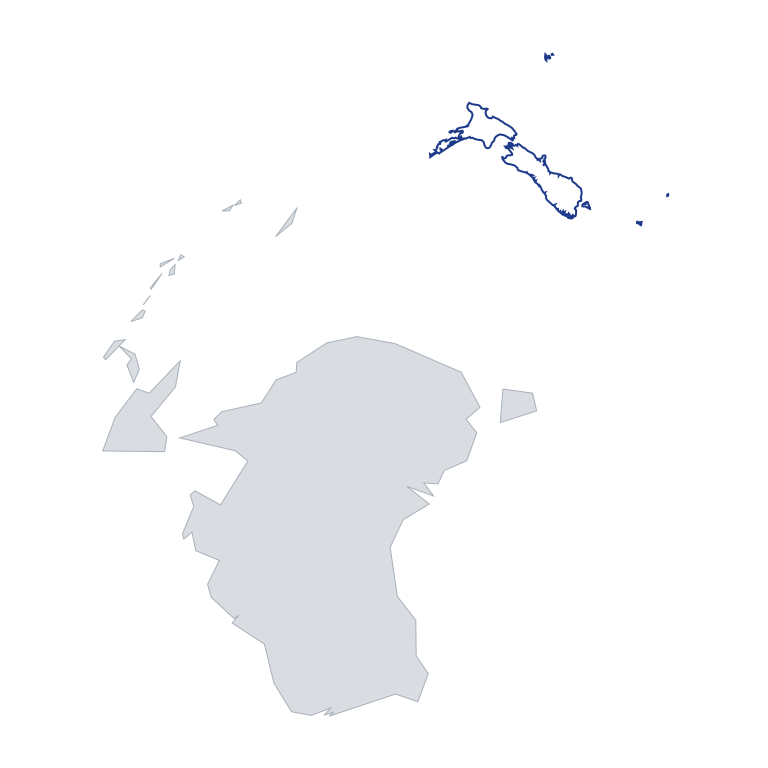 New Zealand highlighted on a map of Oceania, rotated 271°
{"feature_id": "NZL", "entity_name": "New Zealand", "entity_type": "country or territory", "adm_level": 0, "iso_a3": "NZL", "parent_name": "Oceania", "parent_adm1": "", "projection": "mercator", "projection_center": [173.207, -30.558], "detail": "fine", "context": "in_parent", "style": "outline", "palette": "blue", "viewbox_px": 768, "rotation_deg": 271, "n_neighbors": 5, "source": "natural_earth", "source_scale": "50m", "svg_char_len": 7925}
<svg xmlns="http://www.w3.org/2000/svg" viewBox="0 0 768 768"><g transform="rotate(271 384 384)"><path d="M312.2,103.9L346.0,115.8L374.9,136.9L370.6,149.3L403.7,179.9L377.4,175.5L347.5,151.6L327.5,167.8L312.5,165.8L312.2,103.9ZM422.1,113.9L423.8,124.4L403.4,105.3L406.0,103.0L422.1,113.9ZM409.4,134.6L394.4,139.1L381.3,133.7L398.5,126.6L404.8,131.0L417.3,118.6L409.4,134.6ZM442.1,129.9L454.0,141.2L452.7,143.9L445.9,141.2L442.1,129.9Z" fill="#d9dde1" stroke="#a8b0b8" stroke-width="1"/><path d="M559.7,231.4L565.7,237.0L562.5,238.3L559.7,231.4ZM560.2,229.9L554.4,226.5L554.2,219.0L560.2,229.9Z" fill="#d9dde1" stroke="#a8b0b8" stroke-width="1"/><path d="M529.6,273.2L558.8,294.0L543.3,289.2L529.6,273.2Z" fill="#d9dde1" stroke="#a8b0b8" stroke-width="1"/><path d="M509.7,178.6L507.6,182.1L504.0,176.2L509.7,178.6ZM500.3,158.2L506.0,172.2L497.1,158.2L500.3,158.2ZM499.6,173.1L490.2,172.3L488.8,167.0L495.0,168.5L499.6,173.1ZM476.1,148.7L490.8,160.3L474.7,149.6L476.1,148.7ZM464.6,145.8L468.3,148.9L458.9,141.8L464.6,145.8Z" fill="#d9dde1" stroke="#a8b0b8" stroke-width="1"/><path d="M347.5,500.9L381.0,503.0L377.4,532.7L359.8,537.1L347.5,500.9ZM171.9,401.0L148.4,419.9L112.8,420.9L95.2,433.3L66.9,423.4L74.2,400.9L50.9,335.0L55.1,339.6L51.9,329.8L59.4,336.9L51.4,316.9L54.7,297.3L82.8,279.2L121.9,269.0L142.3,236.4L150.3,243.0L146.9,238.3L167.5,215.1L180.6,211.1L204.7,222.4L214.1,198.7L232.6,194.6L225.5,186.5L230.5,185.1L258.3,195.9L269.6,192.1L273.9,196.9L260.2,222.6L304.7,249.3L314.7,236.3L326.5,180.7L339.7,218.2L345.8,214.6L353.5,222.5L363.0,261.7L386.3,276.1L394.1,295.9L404.0,296.5L424.1,326.1L430.9,356.2L424.5,394.6L397.1,461.0L362.4,480.3L350.2,466.6L336.8,477.6L308.7,468.1L298.7,445.8L285.0,439.7L285.8,425.5L272.8,435.6L282.0,408.7L264.8,431.3L248.6,405.5L220.8,393.0L171.9,401.0Z" fill="#d9dde1" stroke="#a8b0b8" stroke-width="1"/><path d="M615.4,508.1L616.5,508.1L621.3,504.4L623.3,503.6L623.8,503.5L623.3,504.4L622.7,504.7L622.7,505.0L623.0,505.4L622.5,506.1L622.5,507.0L621.9,508.0L622.8,507.6L623.2,506.9L623.0,506.5L623.4,505.8L624.0,505.5L623.8,504.5L624.9,504.6L625.8,504.4L625.9,504.9L626.6,504.8L625.7,506.6L624.2,507.6L625.1,507.7L627.3,505.9L627.3,506.9L626.0,508.5L624.8,509.2L624.4,510.0L624.7,510.9L625.3,511.6L624.6,513.0L625.4,512.8L626.5,513.9L625.8,515.3L623.5,518.2L622.7,518.8L622.7,519.9L622.3,520.6L619.5,523.8L617.6,527.9L616.4,529.7L615.0,530.8L613.3,531.6L611.7,533.3L610.8,533.5L610.8,533.9L611.8,534.6L611.5,535.2L610.2,535.6L609.9,536.0L611.4,535.7L611.9,536.0L612.5,538.0L615.0,538.8L615.4,540.4L615.2,541.0L615.0,541.4L613.6,541.6L612.6,541.3L612.0,540.6L609.6,541.0L609.4,540.8L610.4,540.0L609.4,539.4L608.6,540.1L608.5,540.8L608.2,541.2L607.7,541.3L605.2,539.1L606.6,541.6L601.7,544.5L599.6,544.8L599.4,545.7L598.9,546.4L597.7,546.5L598.4,547.0L597.6,549.9L597.3,553.1L596.8,555.1L595.4,555.1L596.7,555.9L596.5,556.8L594.9,559.1L594.4,561.3L592.6,565.4L592.6,565.8L593.5,566.9L593.3,568.0L590.0,568.9L589.2,569.6L587.8,571.9L585.2,574.3L583.1,577.3L579.8,578.2L577.5,578.3L574.4,577.5L572.5,578.1L571.5,577.8L570.7,578.0L570.2,577.2L570.4,576.4L570.1,575.8L568.9,574.7L565.6,574.7L564.1,572.3L562.8,571.7L562.3,571.8L561.6,572.8L561.2,573.0L558.6,573.1L556.1,572.8L555.1,572.4L555.0,571.5L556.9,569.1L555.1,570.4L554.4,570.3L555.1,569.2L555.0,568.2L554.0,569.1L552.9,569.2L552.8,568.4L552.9,567.4L553.1,567.2L556.1,566.7L557.2,566.3L557.7,565.8L555.9,565.6L555.8,564.9L556.0,564.3L557.6,563.4L555.2,563.5L555.3,562.5L555.6,561.7L556.9,561.7L556.5,561.2L556.4,560.4L556.8,560.4L558.2,561.4L559.2,561.7L558.7,561.0L558.8,560.5L559.9,560.1L558.0,559.2L557.9,557.9L558.9,556.9L559.5,557.5L560.1,557.3L559.3,556.2L559.5,555.8L561.6,553.9L562.1,555.7L562.2,554.6L562.0,554.1L562.3,553.2L563.1,552.8L565.1,550.9L566.3,551.8L565.9,550.8L565.8,549.6L570.6,544.1L571.4,543.4L573.3,542.6L574.7,542.9L577.2,541.2L578.3,541.9L577.9,540.6L578.2,540.1L581.4,538.1L582.8,537.7L583.8,537.0L584.4,536.9L584.5,535.9L585.1,535.8L584.7,535.5L586.2,534.5L588.3,532.1L588.8,531.9L589.8,532.3L589.5,531.7L588.9,531.4L590.3,530.5L591.8,531.2L591.1,530.5L591.0,530.1L592.3,529.5L593.0,530.4L593.0,529.0L595.2,526.4L595.6,526.9L595.6,528.5L595.8,528.2L595.7,526.1L597.2,523.6L598.4,523.0L597.8,522.3L598.9,518.2L600.0,514.6L600.5,514.1L602.4,513.6L604.4,511.3L605.0,510.1L605.8,507.1L606.2,503.9L607.5,501.5L611.0,498.6L612.7,498.2L613.8,498.6L611.8,498.9L611.6,500.4L612.1,501.7L614.2,502.7L614.7,504.0L615.0,506.9L615.4,508.1ZM616.9,431.8L617.0,432.4L618.6,430.8L618.5,431.8L618.8,432.0L620.9,432.7L621.3,433.2L621.8,433.4L622.3,432.9L624.8,434.2L624.9,435.6L625.1,436.1L625.7,436.2L626.8,435.4L628.9,439.3L628.6,440.3L629.3,441.7L627.5,441.5L627.5,441.8L631.4,447.8L630.9,449.9L631.5,451.4L631.1,451.8L630.9,453.3L630.6,453.5L630.6,454.1L631.8,454.4L632.2,454.9L632.4,454.3L632.8,454.2L633.7,454.9L636.1,455.9L636.5,457.8L636.9,458.4L638.4,458.3L638.6,457.8L637.9,454.3L637.8,452.3L636.9,450.7L637.0,450.1L637.6,449.8L639.7,452.9L640.5,452.8L640.6,453.6L641.2,454.5L641.5,455.4L642.6,461.1L643.8,462.3L643.9,462.9L643.2,462.6L643.0,462.8L643.0,463.1L643.7,463.6L645.4,464.0L649.9,466.5L653.6,467.7L654.7,467.8L656.4,467.3L657.4,466.6L659.0,464.3L661.6,462.5L664.1,462.7L666.6,464.2L665.3,467.4L664.5,473.2L664.1,474.5L662.4,476.2L661.3,476.5L660.7,480.2L661.2,481.6L660.7,482.8L660.4,482.6L659.5,481.3L657.1,480.8L654.9,481.3L652.8,482.6L651.7,484.4L651.5,486.7L651.8,487.3L653.2,488.1L650.6,494.1L649.2,495.8L648.5,497.6L646.3,500.4L645.1,503.0L642.5,507.2L639.7,509.7L636.2,512.2L635.3,511.8L634.8,509.8L633.7,509.5L632.1,509.9L632.1,508.1L632.3,507.6L632.0,507.4L631.6,507.5L631.5,507.9L631.7,508.2L630.9,508.6L630.1,508.7L629.8,508.2L633.4,502.7L634.8,499.8L635.6,495.7L634.7,493.6L633.3,491.6L631.5,490.4L629.1,489.8L627.1,487.8L623.2,486.1L622.0,485.1L621.6,483.8L621.7,482.5L622.3,481.6L624.5,480.3L627.6,479.5L629.1,478.0L629.4,477.3L630.0,473.0L630.5,470.5L631.4,469.0L631.7,468.1L631.4,466.6L631.7,466.0L632.6,465.5L630.7,461.3L631.0,460.0L630.5,459.8L629.3,457.1L629.5,456.8L630.0,457.0L630.7,458.5L630.8,457.7L631.4,457.2L632.6,456.9L631.2,455.3L629.5,455.8L628.3,455.2L627.4,452.7L625.6,450.0L626.1,449.9L627.6,451.2L628.1,450.2L628.0,449.5L627.1,448.6L627.1,448.0L627.5,447.4L627.5,447.0L626.3,446.1L626.2,446.5L626.4,447.0L626.2,447.1L624.1,445.6L623.0,443.1L623.0,444.4L625.4,448.0L625.2,448.6L624.7,448.8L624.3,448.4L623.3,446.2L618.2,438.9L618.9,437.9L619.9,437.1L620.3,436.3L619.8,436.2L619.0,436.8L617.9,438.4L617.3,437.7L616.9,436.5L616.5,436.4L615.4,435.0L616.1,434.0L616.1,432.8L614.6,430.3L611.6,426.3L614.8,426.0L614.0,427.2L616.0,430.4L616.1,430.9L616.9,431.8ZM568.5,581.5L568.5,582.1L567.5,581.9L567.5,582.5L568.3,582.8L568.6,583.3L569.4,583.1L569.6,583.8L569.4,584.4L568.9,584.8L567.3,585.1L566.2,585.9L565.1,585.9L564.1,586.8L562.6,587.0L562.8,586.2L563.6,585.4L563.9,584.0L564.7,583.6L564.7,582.8L565.2,582.1L564.9,580.6L565.1,579.3L566.7,579.2L568.5,581.5ZM716.5,539.6L716.2,539.9L715.6,539.9L714.6,541.3L714.7,540.3L714.4,539.9L713.3,540.2L714.1,540.6L713.5,541.2L714.1,542.4L714.6,542.4L715.1,543.3L715.1,543.6L713.9,544.0L713.4,544.5L712.6,544.4L712.3,543.5L712.3,543.1L713.3,541.7L713.0,541.1L712.2,540.6L710.2,540.7L711.0,539.8L711.9,539.9L712.9,539.3L716.5,539.6ZM550.3,637.5L550.5,638.7L548.9,638.4L548.4,637.7L548.0,638.4L547.2,638.2L547.4,637.5L548.9,636.3L549.2,634.2L550.4,634.1L550.8,634.5L550.2,635.3L550.3,636.5L549.9,636.8L550.3,637.5ZM638.1,446.3L638.4,448.1L637.7,447.9L637.4,447.4L636.5,446.7L636.4,445.8L636.9,445.1L637.1,445.0L638.1,446.3ZM623.0,502.9L621.7,503.6L622.0,502.0L623.5,501.0L623.4,501.9L623.0,502.9ZM555.3,565.1L555.1,566.0L553.3,565.6L553.6,564.9L554.7,564.5L555.3,565.1ZM578.3,663.9L578.8,664.7L577.8,665.0L576.9,664.4L576.8,663.9L578.3,663.9ZM557.5,558.6L557.9,560.3L557.0,559.9L556.7,559.5L557.5,558.6ZM716.6,547.2L716.1,547.4L716.1,546.1L716.8,546.0L717.1,546.5L716.6,547.2Z" fill="none" stroke="#1e3a8a" stroke-width="2"/></g></svg>